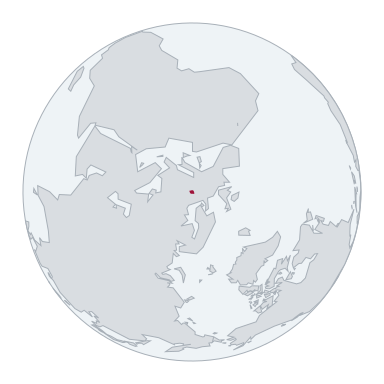 Královéhradecký highlighted on a globe, orthographic projection, rotated 165°
{"feature_id": "CZE-1598", "entity_name": "Královéhradecký", "entity_type": "Region", "adm_level": 1, "iso_a3": "CZE", "parent_name": "Czechia", "parent_adm1": "", "projection": "orthographic", "projection_center": [15.778, 50.402], "detail": "fine", "context": "on_globe", "style": "filled", "palette": "rose", "viewbox_px": 384, "rotation_deg": 165, "n_neighbors": 0, "source": "natural_earth", "source_scale": "10m", "svg_char_len": 11021}
<svg xmlns="http://www.w3.org/2000/svg" viewBox="0 0 384 384"><g transform="rotate(165 192 192)"><circle cx="192" cy="192" r="169" fill="#eef3f6" stroke="#a8b0b8"/><path d="M63.3,82.5L82.9,63.3L71.6,73.4L78.5,66.8L78.2,67.1L88.5,58.7L96.1,53.2L109.5,46.1L120.3,44.8L115.6,46.9L118.7,46.6L124.8,44.2L128.1,42.7L147.2,41.1L167.8,37.4L173.2,34.4L172.9,36.8L182.5,30.3L193.0,28.7L181.7,31.7L181.1,33.1L188.5,32.4L189.5,33.7L193.6,34.2L194.1,35.9L187.5,38.0L187.7,39.2L192.9,38.7L196.7,40.4L189.0,40.9L194.8,43.9L184.8,48.7L163.7,50.0L158.8,55.3L138.5,64.1L141.0,65.2L134.9,69.7L135.4,72.8L131.5,73.9L135.3,75.5L138.7,74.0L141.6,74.2L142.2,76.0L137.3,77.6L136.3,76.9L135.2,78.3L132.5,78.4L134.2,79.4L128.2,81.3L135.0,82.1L131.0,85.9L126.8,86.5L126.1,82.8L114.8,76.2L110.3,76.3L104.7,79.6L96.4,93.2L91.9,95.0L86.7,100.0L89.6,100.4L94.8,96.8L98.9,99.3L104.7,94.8L107.3,95.3L113.7,92.5L113.8,96.9L110.5,102.8L105.2,105.5L103.6,108.3L109.6,109.2L100.5,117.9L96.2,130.3L93.7,132.4L87.2,129.6L84.9,120.6L76.6,118.3L83.1,124.0L76.8,129.5L76.3,132.3L77.3,134.6L80.1,134.3L78.2,137.2L71.0,132.3L72.6,129.6L74.9,131.0L73.7,127.0L68.9,124.4L66.1,127.7L61.7,121.2L59.6,123.6L57.5,123.8L61.1,120.3L54.6,126.6L49.0,122.1L40.0,133.5L47.6,119.7L49.5,113.8L51.1,108.1L49.6,109.7L53.8,100.6L54.0,97.0L49.0,102.6L43.4,111.7L39.3,120.8L40.4,119.8L38.8,125.6L34.8,130.7L31.1,143.6L28.5,150.0L26.7,157.3L26.1,162.0L25.1,170.0L26.2,169.8L27.2,174.3L25.3,180.7L27.3,178.8L26.8,185.7L29.8,199.3L29.1,199.7L31.4,218.8L36.8,234.6L38.0,242.2L37.1,243.5L39.6,248.7L39.7,250.6L52.5,270.6L61.3,283.8L62.5,289.9L58.1,290.1L61.0,298.5L58.6,295.7L51.3,285.5L44.7,274.8L39.0,263.7L34.1,252.1L30.1,240.3L26.9,228.1L24.7,215.8L23.4,203.3L23.0,190.8L23.6,178.3L23.6,178.2L25.2,167.5L25.8,163.3L25.5,163.5L28.9,148.0L32.0,138.2L38.4,121.7L45.5,107.9L53.8,94.8L63.3,82.5ZM37.6,136.4L33.5,154.8L33.4,147.9L33.8,148.3L35.4,142.9L37.4,134.7L38.0,129.3L37.6,136.4ZM41.2,136.5L41.7,133.8L41.5,136.0L41.2,136.5ZM129.4,41.9L124.9,44.0L119.0,46.0L122.7,43.9L129.4,41.9ZM140.7,39.2L138.8,40.4L135.5,40.0L137.6,39.4L140.7,39.2ZM176.9,32.2L173.0,32.8L176.5,31.8L176.9,32.2ZM194.1,34.0L194.9,33.4L196.7,34.0L194.1,34.0ZM113.2,90.4L113.4,91.4L112.1,91.4L113.2,90.4ZM115.7,88.2L114.0,87.4L115.0,86.3L116.0,86.8L115.7,88.2ZM199.1,37.2L201.8,38.4L197.9,37.5L199.1,37.2ZM117.6,89.5L116.9,84.4L118.6,82.5L124.0,83.0L117.6,89.5ZM202.6,39.3L209.1,42.5L211.4,41.4L208.5,46.5L203.9,41.9L198.8,40.9L202.1,40.5L202.6,39.3ZM139.6,72.7L135.9,74.4L138.4,71.4L139.6,72.7ZM140.5,70.8L144.0,61.7L149.7,60.3L147.4,63.5L154.3,60.6L155.4,64.3L151.8,66.8L147.9,66.9L151.3,68.3L140.5,70.8ZM205.8,49.0L206.4,50.2L204.5,49.3L205.8,49.0ZM142.9,74.1L143.1,72.3L148.1,70.9L148.6,74.3L146.8,73.6L142.9,74.1ZM155.6,58.1L159.4,57.9L161.3,60.7L163.0,61.1L155.9,64.3L155.6,58.1ZM146.0,74.9L148.7,76.1L146.9,78.4L143.0,75.8L146.0,74.9ZM149.1,69.2L151.5,68.7L150.4,70.1L149.1,69.2ZM142.1,87.7L142.3,85.4L144.9,84.4L142.1,87.7ZM149.8,76.4L150.4,75.6L151.4,75.0L152.8,76.3L149.8,76.4ZM157.7,66.2L157.7,67.6L160.7,65.0L162.3,67.2L157.2,69.1L160.0,69.2L160.5,69.9L155.9,70.7L157.7,66.2ZM157.3,75.9L151.4,79.3L150.6,83.8L148.3,84.7L150.0,77.4L157.3,75.9ZM156.9,72.8L156.6,74.9L153.8,74.8L152.3,73.4L156.9,72.8ZM165.1,68.2L164.1,64.3L165.2,64.0L165.1,68.2ZM157.6,77.2L159.0,76.4L157.9,77.5L157.6,77.2ZM163.4,70.9L162.9,69.5L164.2,69.2L163.4,70.9ZM162.3,75.9L160.4,77.0L159.3,76.0L162.3,75.9ZM163.3,73.6L165.2,73.6L160.0,75.0L162.8,73.0L163.3,73.6ZM164.8,70.9L165.4,70.3L164.8,71.5L164.8,70.9ZM167.6,79.4L161.4,81.3L158.9,79.0L165.3,77.4L167.6,79.4ZM114.6,293.8L102.0,269.7L107.1,263.6L107.2,253.5L141.3,227.2L149.4,231.2L177.3,229.5L181.0,231.1L178.7,239.8L200.4,250.0L206.3,242.4L225.0,245.6L236.8,242.8L239.2,225.6L219.9,229.9L215.5,222.4L230.2,212.0L247.0,208.3L245.8,205.3L234.4,201.2L237.4,194.0L230.4,199.2L233.9,201.7L229.5,205.2L226.1,203.1L227.3,200.5L222.0,200.2L217.6,212.9L220.7,216.9L207.4,221.1L211.2,228.2L207.9,232.1L200.2,221.6L200.3,217.3L186.6,205.6L185.3,210.4L198.1,221.9L194.5,221.2L192.8,228.3L191.2,222.4L177.5,209.1L164.9,211.2L150.3,227.0L142.6,227.1L135.6,222.0L139.5,204.7L156.2,206.6L157.7,201.0L153.2,191.7L158.6,193.2L158.8,189.9L165.0,190.2L172.5,182.6L178.6,182.1L180.4,171.7L183.8,170.2L181.8,176.7L183.6,181.1L198.7,180.0L201.2,177.6L201.2,171.0L205.3,171.8L203.4,165.6L211.5,162.0L200.0,161.4L199.6,154.3L203.9,148.3L201.7,146.0L194.8,155.8L193.9,159.9L196.4,163.5L192.2,175.2L187.3,177.3L183.9,165.1L176.5,166.9L177.1,157.0L195.5,135.8L203.7,131.1L219.7,137.7L218.4,142.5L212.0,142.4L219.0,148.8L217.9,145.2L221.3,146.0L221.9,139.8L224.4,140.1L220.7,133.9L223.8,133.6L226.0,137.5L229.5,128.6L235.6,126.5L235.2,124.4L233.0,122.7L242.2,121.5L241.5,120.0L238.2,119.8L234.6,116.8L232.0,111.2L235.3,111.1L236.7,113.1L244.7,117.3L247.9,123.0L249.0,122.4L247.0,117.5L237.3,112.3L234.7,109.0L239.5,110.7L237.6,109.8L237.4,108.2L240.2,106.5L235.0,104.3L228.0,87.5L232.9,82.9L238.0,86.1L236.6,75.4L242.2,71.9L239.1,71.6L236.4,66.7L234.6,67.7L233.0,67.2L225.2,56.1L225.9,53.6L219.1,49.2L217.5,49.2L216.6,50.7L208.5,46.5L211.4,41.4L214.8,41.7L214.4,38.6L222.2,39.9L228.4,39.9L237.2,43.6L241.4,43.5L240.7,42.3L245.9,41.6L258.9,44.6L251.3,47.2L232.5,45.2L240.4,46.2L239.5,47.6L242.9,49.1L248.5,49.9L248.5,49.0L261.9,59.9L277.0,67.2L273.8,61.9L276.1,60.4L290.5,65.9L312.6,86.0L315.9,85.6L319.0,87.9L322.4,93.2L318.1,89.9L317.8,92.3L314.8,89.8L318.9,97.7L314.8,94.5L319.9,102.5L322.6,103.0L320.5,97.0L326.8,105.7L330.1,104.6L335.2,109.6L345.4,129.2L348.7,142.1L349.9,144.6L348.8,146.4L351.0,155.4L356.0,159.1L357.2,162.6L359.1,177.3L358.4,175.0L355.5,179.6L357.7,189.4L360.0,188.0L360.9,193.1L360.3,196.8L359.1,192.7L358.0,194.1L356.4,186.2L351.8,179.3L351.1,187.4L349.3,182.9L342.9,180.1L340.8,191.6L338.7,216.3L341.5,228.6L339.4,238.1L329.4,229.1L323.8,219.1L320.8,223.9L309.9,220.4L293.1,232.9L290.1,230.7L287.0,234.6L279.3,235.1L274.4,230.9L270.0,233.6L282.7,244.3L287.4,241.3L290.5,232.7L293.2,237.3L300.6,237.7L294.6,256.1L268.7,280.9L265.1,272.1L240.2,250.1L240.4,246.4L240.2,246.0L239.9,245.4L238.6,251.6L234.0,246.6L248.4,264.3L251.2,272.3L268.3,281.6L266.9,283.7L272.1,284.6L287.6,273.4L287.9,276.6L281.2,294.2L258.9,319.8L261.4,328.3L258.8,335.9L243.8,344.3L243.9,347.9L236.0,351.0L234.7,352.9L227.7,355.7L216.3,358.5L198.3,360.1L198.1,359.2L190.5,356.9L180.3,347.3L185.8,341.7L184.6,336.6L171.5,323.3L174.4,315.5L170.7,311.7L163.1,311.9L158.7,307.1L154.0,306.3L124.1,302.6L114.6,293.8ZM130.7,243.9L130.1,247.0L130.7,243.9ZM265.8,212.4L275.1,208.4L269.1,200.0L272.2,197.9L269.1,195.9L268.6,199.4L260.6,193.6L264.0,188.4L262.0,184.3L258.7,185.5L253.8,195.9L265.2,204.2L263.9,209.5L265.8,212.4ZM30.0,199.7L30.1,202.6L29.5,200.4L30.0,199.7ZM32.1,149.3L31.9,152.2L31.3,154.6L31.3,152.8L32.1,149.3ZM33.0,173.1L33.3,176.9L32.5,174.0L33.0,173.1ZM33.2,157.5L32.7,170.3L31.1,165.5L31.6,157.6L32.0,161.6L33.2,157.5ZM38.8,138.6L38.3,140.7L37.6,141.3L38.8,138.6ZM41.1,138.2L41.1,137.6L41.8,135.8L41.1,138.2ZM77.3,129.7L77.8,130.2L78.2,132.9L76.9,132.4L77.3,129.7ZM87.1,141.4L83.8,145.9L85.2,142.2L82.7,142.1L82.5,134.4L92.5,133.0L88.0,134.9L87.1,141.4ZM85.0,124.2L84.0,128.9L84.7,123.8L85.0,124.2ZM153.7,172.0L156.2,174.5L154.4,178.3L146.6,179.8L149.2,174.3L153.7,172.0ZM160.1,177.4L158.9,165.3L163.7,164.2L161.2,166.8L164.5,167.3L161.4,171.7L167.1,182.7L165.9,186.9L152.2,186.9L157.4,184.5L154.6,182.0L160.1,177.4ZM147.5,139.5L147.1,135.0L158.0,138.2L157.1,142.0L149.4,143.5L145.8,139.9L147.5,139.5ZM127.2,91.7L126.3,90.4L127.7,89.8L129.5,90.5L127.2,91.7ZM142.0,86.7L132.4,97.2L131.0,96.1L127.1,103.9L121.7,104.2L124.4,99.1L117.4,105.4L117.6,100.9L113.3,105.6L119.7,94.1L119.7,90.5L121.8,94.3L126.8,94.0L128.9,92.9L134.9,87.0L137.1,79.6L142.4,78.5L145.6,79.7L145.8,81.3L142.3,81.4L145.2,83.5L140.3,85.0L142.0,86.7ZM179.2,98.4L175.0,97.2L180.0,103.0L175.1,103.9L176.0,104.5L172.9,107.1L170.6,111.3L168.2,111.1L168.4,112.9L166.3,114.7L165.7,117.1L161.2,117.8L160.1,120.8L158.6,119.4L157.9,124.6L156.5,121.0L153.6,123.3L156.5,125.5L134.1,124.6L125.8,127.4L119.7,131.9L118.0,125.7L122.7,117.7L130.5,110.2L138.8,108.6L136.5,106.2L139.8,104.8L140.2,107.2L141.5,102.7L144.3,102.3L151.3,96.5L151.5,90.6L154.1,88.5L155.4,90.6L157.0,87.1L161.2,89.7L163.2,88.3L169.3,89.7L170.7,94.8L172.8,92.9L177.5,94.1L179.2,98.4ZM169.3,79.9L172.1,85.4L170.8,88.8L160.7,85.0L158.4,85.9L151.9,84.0L153.9,79.3L155.5,80.2L157.6,80.1L156.2,81.6L158.9,80.3L161.3,81.6L164.1,81.0L164.3,82.9L169.3,79.9ZM184.6,227.8L187.3,228.1L191.4,227.6L190.4,232.2L184.6,227.8ZM175.1,218.9L177.5,218.3L178.1,224.3L175.2,224.1L175.1,218.9ZM178.3,213.1L177.5,217.9L176.3,215.2L178.3,213.1ZM183.9,175.9L186.4,175.1L186.9,176.6L185.7,178.9L183.9,175.9ZM192.9,116.8L190.7,115.3L191.3,114.4L189.2,109.3L192.6,108.4L195.3,111.1L192.9,116.8ZM236.2,229.3L233.1,233.3L231.2,232.2L232.7,231.0L236.2,229.3ZM210.9,233.9L217.0,235.1L210.6,235.1L210.9,233.9ZM196.3,115.0L195.0,113.0L197.5,113.8L196.3,115.0ZM195.0,107.5L197.9,107.9L192.8,107.7L195.0,107.5ZM284.8,323.6L271.6,338.3L264.5,341.4L264.3,339.5L269.8,331.8L278.5,326.1L283.0,320.7L284.8,323.6ZM360.3,206.7L360.3,207.2L357.4,205.3L358.5,200.9L360.9,196.2L360.8,198.7L360.8,198.2L360.3,206.7ZM342.1,229.1L345.2,232.7L343.8,236.4L342.1,229.1ZM353.6,142.8L352.9,140.5L353.0,140.7L353.6,142.8ZM351.1,135.2L350.4,133.4L351.0,134.9L351.1,135.2ZM351.6,147.7L352.0,151.6L351.2,150.2L350.1,144.4L351.6,147.7ZM339.0,114.1L342.2,118.4L343.4,120.5L342.1,119.4L339.0,114.1ZM223.9,106.3L223.0,114.2L224.6,119.7L229.2,122.4L222.4,122.2L219.9,113.7L223.9,106.3ZM227.1,89.7L223.2,87.7L225.1,86.6L226.2,86.9L227.1,89.7ZM224.6,89.9L219.4,91.3L217.3,88.9L221.8,88.3L224.6,89.9ZM208.0,102.8L207.4,105.1L205.4,104.4L208.0,102.8ZM349.7,131.3L350.6,133.8L346.8,126.0L345.7,122.9L349.0,129.8L348.9,129.2L349.7,131.3ZM318.4,83.7L316.6,82.5L314.5,79.5L316.3,81.2L318.4,83.7ZM305.9,69.8L313.3,78.4L318.9,85.9L318.9,84.9L323.3,89.5L321.4,89.3L314.8,81.7L311.2,76.6L307.3,73.5L302.5,68.7L298.3,66.5L295.1,64.0L297.8,64.5L305.9,69.8ZM296.6,65.8L287.5,61.3L285.1,57.4L286.6,57.5L291.7,61.2L292.7,63.0L296.6,65.8ZM284.6,59.2L285.4,60.9L273.8,60.0L270.7,59.0L278.3,57.1L279.5,58.8L282.8,59.8L284.6,59.2ZM208.0,49.8L206.6,50.1L207.1,49.1L208.0,49.8ZM232.0,67.9L229.9,67.1L230.5,65.8L232.0,67.9ZM224.2,64.3L225.0,66.3L222.8,64.3L224.2,64.3ZM226.9,70.9L224.6,67.1L228.8,70.7L226.9,70.9Z" fill="#d9dde1" stroke="#a8b0b8" stroke-width="1"/><path d="M191.5,190.9L191.7,191.0L191.8,191.0L192.0,191.0L192.3,191.2L192.4,191.3L192.5,191.4L192.8,191.3L192.8,191.2L193.0,191.3L193.2,191.5L192.9,191.8L192.8,192.0L193.0,192.1L193.2,192.3L193.3,192.3L193.3,192.5L193.5,192.6L193.5,192.8L193.3,192.7L193.3,192.8L193.1,193.0L192.8,193.1L192.7,193.1L192.6,192.9L192.4,192.9L192.4,192.7L192.2,192.7L192.1,192.8L192.0,192.7L191.9,192.7L191.9,192.8L191.7,192.8L191.4,192.9L191.2,192.8L191.2,192.7L191.3,192.7L191.2,192.6L191.2,192.4L190.9,192.3L190.9,192.2L190.8,191.9L190.8,191.7L190.9,191.8L191.0,191.8L191.1,191.7L191.3,191.8L191.4,191.7L191.5,191.6L191.7,191.4L191.6,191.2L191.5,190.9Z" fill="#f43f5e" stroke="#9f1239" stroke-width="1.5"/></g></svg>